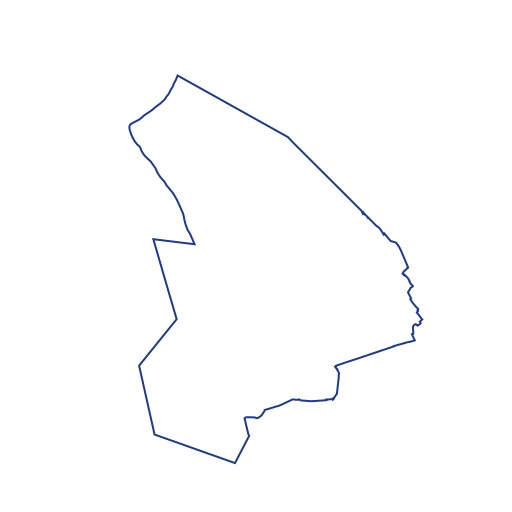 Hulst, Zeeland, Netherlands (Natural Earth projection), rotated 255°
{"feature_id": "6326949B4245688321620", "entity_name": "Hulst", "entity_type": "district", "adm_level": 2, "iso_a3": "NLD", "parent_name": "Netherlands", "parent_adm1": "Zeeland", "projection": "natural_earth1", "projection_center": [4.05, 51.332], "detail": "fine", "context": "isolated", "style": "outline", "palette": "blue", "viewbox_px": 512, "rotation_deg": 255, "n_neighbors": 0, "source": "geoboundaries", "source_scale": "gbopen_adm2", "svg_char_len": 5607}
<svg xmlns="http://www.w3.org/2000/svg" viewBox="0 0 512 512"><g transform="rotate(255 256 256)"><path d="M78.8,156.8L61.4,182.1L84.1,202.9L84.4,202.8L84.6,202.7L85.0,202.6L85.7,202.5L97.9,202.8L102.1,202.9L102.4,203.5L102.5,203.7L102.8,204.3L102.8,204.5L102.2,207.0L100.9,211.5L100.6,212.4L100.5,212.7L100.4,212.9L99.1,214.8L99.1,215.0L99.1,215.5L99.1,215.8L99.3,216.6L99.6,217.7L100.3,219.5L100.4,219.8L100.6,220.0L101.1,220.7L101.3,220.9L101.9,221.6L103.3,223.2L103.4,223.3L104.0,224.0L104.3,224.2L104.5,224.3L104.8,224.4L105.0,224.5L105.0,225.1L105.1,226.9L105.1,227.3L105.1,228.6L105.4,237.3L105.4,237.7L105.4,238.9L105.4,239.3L105.4,239.5L105.5,240.3L105.7,241.3L105.8,242.1L106.5,245.8L106.5,246.0L107.2,249.9L107.9,253.8L108.0,253.9L107.9,254.2L107.9,254.4L107.9,254.5L106.4,258.6L106.2,259.1L106.2,259.3L106.3,259.5L106.5,259.8L106.4,260.1L106.2,260.7L106.1,260.9L105.6,261.2L105.1,261.5L104.9,262.0L104.8,262.4L103.9,264.6L103.8,265.0L103.2,266.9L102.7,268.0L102.4,269.0L101.8,270.5L101.7,271.0L101.2,272.8L98.5,286.6L99.2,286.6L98.9,288.2L98.8,288.5L98.0,292.6L97.9,292.8L97.9,293.0L98.0,293.1L97.4,293.1L97.5,293.3L97.6,293.6L97.7,293.8L97.9,294.0L98.0,294.2L98.4,294.6L99.7,295.7L100.2,296.3L101.5,297.9L101.8,298.2L101.9,298.4L102.1,298.5L102.3,298.6L102.7,298.8L103.2,299.0L103.4,299.0L106.8,300.4L109.7,301.5L111.5,302.2L116.1,304.0L117.7,304.6L119.5,304.9L119.6,305.0L119.8,305.3L120.3,305.6L120.6,305.7L120.7,305.8L120.9,305.8L121.1,305.8L121.4,305.8L125.5,305.2L125.4,304.9L126.5,304.6L128.4,303.8L128.4,304.4L128.8,304.6L128.9,304.9L129.1,304.9L129.1,305.0L129.3,305.0L130.0,315.6L130.5,325.1L130.5,325.7L131.1,334.6L131.1,334.9L132.2,352.2L133.0,365.4L133.1,366.0L133.3,365.9L133.4,369.8L133.4,370.1L133.4,371.3L133.4,372.1L133.4,373.3L133.4,373.7L133.4,375.2L133.5,376.4L133.4,376.4L133.4,377.1L133.5,378.9L133.5,379.9L133.5,380.2L133.4,381.2L133.3,381.8L133.3,382.5L133.3,383.1L133.3,384.3L133.3,385.9L133.4,386.5L133.4,387.5L140.1,386.4L140.3,387.9L147.0,389.2L148.5,391.0L148.8,391.8L148.9,392.3L148.7,392.7L147.3,393.8L146.9,394.1L148.0,396.9L148.0,397.0L148.2,397.5L149.6,397.6L150.2,397.3L151.7,400.2L151.9,400.1L152.2,399.9L152.6,399.7L154.6,398.9L155.7,398.4L155.8,398.4L156.1,398.3L156.3,398.2L156.7,398.1L157.8,397.6L158.3,397.4L159.0,397.0L159.3,396.9L159.6,396.8L159.8,396.7L159.9,396.8L160.7,398.2L161.8,397.9L162.7,399.0L163.5,398.6L164.3,398.2L165.5,397.5L165.7,397.3L166.1,397.1L166.5,396.9L167.1,396.7L167.5,396.5L169.3,395.6L169.8,395.4L171.8,394.7L174.0,393.9L174.3,393.9L174.4,394.0L174.9,394.8L181.7,393.4L184.1,396.2L184.2,396.3L184.3,396.3L184.6,396.5L184.8,396.6L185.0,396.9L185.1,397.0L185.3,397.4L185.4,397.6L185.5,397.9L185.8,398.6L185.9,398.9L185.9,399.1L186.0,399.3L186.1,399.6L187.2,399.4L187.6,399.2L188.2,398.9L188.4,398.7L188.8,398.5L189.1,398.3L189.6,398.1L189.9,398.0L190.1,397.9L190.4,397.9L190.6,397.8L191.5,397.6L191.8,397.9L192.1,397.9L193.7,397.4L193.8,397.4L194.0,397.4L195.1,397.0L195.9,396.7L199.3,394.7L199.6,394.5L199.2,394.0L199.8,393.7L201.1,393.0L202.6,394.5L202.8,394.8L205.3,399.7L205.9,399.5L206.1,399.9L223.9,397.4L227.8,396.6L232.7,394.7L234.9,391.2L235.4,390.1L236.1,389.7L243.7,386.2L244.6,385.7L244.2,385.3L243.7,385.0L243.6,384.9L244.2,384.6L244.4,384.6L246.3,384.1L247.8,383.6L248.3,383.5L248.9,383.3L249.7,383.0L250.8,382.5L251.6,382.0L253.1,381.1L253.4,380.4L263.5,374.6L263.4,374.5L263.5,374.3L263.8,374.4L264.2,374.2L264.4,373.8L264.8,373.9L267.7,372.2L267.9,372.2L268.1,371.4L269.2,371.4L269.2,371.2L269.2,370.9L269.1,370.3L270.0,370.5L270.9,370.6L271.0,369.8L271.8,369.9L298.8,354.3L354.7,321.9L359.1,319.5L360.9,318.5L361.0,318.5L362.6,317.6L379.4,300.3L410.3,268.5L450.6,227.0L449.6,226.2L448.2,225.2L446.7,224.1L446.4,223.8L446.2,223.5L445.6,223.0L445.1,222.5L444.0,221.5L443.0,220.7L442.3,220.2L441.7,219.8L441.2,219.4L440.8,219.0L439.9,218.1L439.2,217.3L438.5,216.7L438.1,216.2L435.8,214.2L435.6,213.9L435.3,213.7L434.9,213.3L434.0,212.0L433.3,211.0L433.0,210.7L432.8,210.4L432.3,209.9L432.0,209.7L431.6,209.3L431.4,209.1L431.0,208.6L430.8,208.3L430.7,207.9L430.4,207.5L428.3,203.4L427.8,202.4L427.3,201.2L426.4,198.7L426.0,197.7L425.5,196.7L425.0,195.7L424.4,194.5L423.8,193.1L423.2,191.5L422.8,190.4L421.8,187.3L420.9,184.7L420.7,184.1L419.7,182.3L419.0,180.8L418.5,179.8L417.9,178.1L416.7,172.7L416.2,170.4L416.0,169.5L415.8,169.1L415.4,168.5L415.1,168.1L414.4,167.6L413.8,167.3L413.1,167.0L412.2,166.8L411.2,166.7L410.3,166.7L409.0,166.7L407.7,166.8L406.1,166.9L404.6,167.1L403.4,167.3L402.0,167.5L401.0,167.8L398.7,168.4L397.7,168.7L396.6,169.2L395.7,169.6L394.2,170.3L393.2,171.0L392.4,171.6L391.7,171.9L391.0,172.1L390.3,172.3L389.6,172.4L388.4,172.5L387.4,172.6L386.7,172.8L385.8,173.0L384.9,173.3L384.1,173.5L382.9,173.9L381.9,174.4L381.0,174.8L380.5,175.1L379.4,175.8L378.0,176.6L376.4,177.6L374.8,178.6L374.2,178.9L373.4,179.2L372.6,179.5L371.2,180.0L368.5,181.0L366.8,181.6L366.1,181.7L364.3,182.0L363.3,182.1L362.6,182.2L361.3,182.6L359.3,183.2L358.5,183.5L357.9,183.7L355.9,184.5L355.2,184.9L354.6,185.2L352.9,186.0L351.8,186.6L350.9,186.9L349.6,187.3L347.8,187.8L347.1,188.0L346.9,188.1L346.5,188.3L345.0,189.0L341.4,190.7L340.1,191.2L338.3,192.0L337.4,192.3L336.0,192.7L332.0,193.8L331.3,194.0L330.3,194.2L327.0,194.8L325.5,195.0L324.4,195.3L322.7,195.5L317.4,196.3L315.7,196.5L314.1,196.5L313.2,196.5L309.1,196.2L308.4,196.2L307.8,196.2L307.1,196.1L304.2,196.2L303.2,196.3L302.0,196.4L300.1,196.6L298.4,196.8L297.8,197.0L294.2,198.1L283.3,199.7L290.8,181.0L298.8,161.2L254.8,162.1L215.5,163.0L200.8,142.8L180.3,114.7L109.8,111.8L78.8,156.8Z" fill="none" stroke="#1e3a8a" stroke-width="2"/></g></svg>